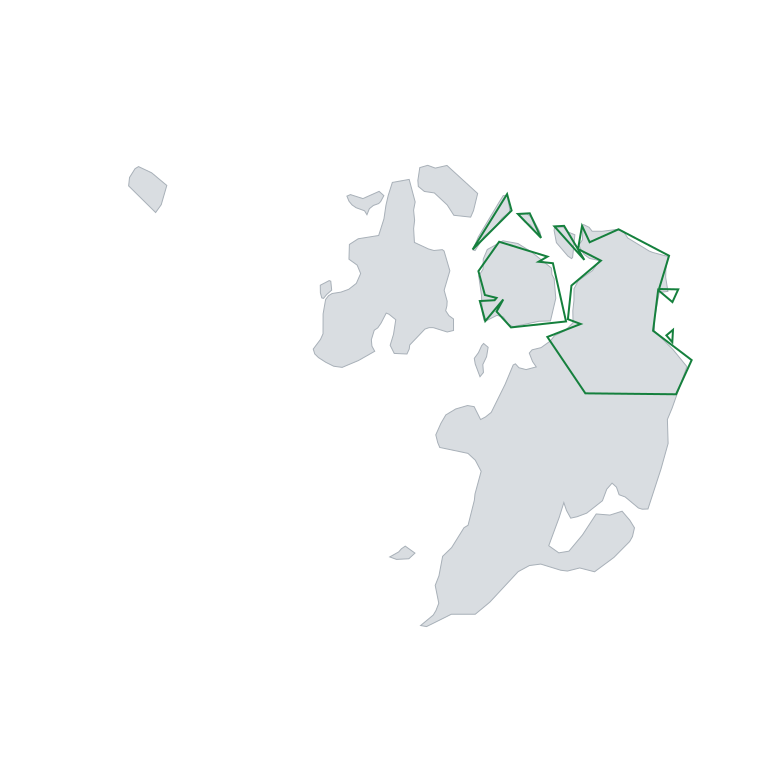 location of Syddanmark within Denmark, rotated 193°
{"feature_id": "DNK-3417", "entity_name": "Syddanmark", "entity_type": "Region", "adm_level": 1, "iso_a3": "DNK", "parent_name": "Denmark", "parent_adm1": "", "projection": "albers", "projection_center": [9.703, 55.339], "detail": "coarse", "context": "in_parent", "style": "outline", "palette": "green", "viewbox_px": 768, "rotation_deg": 193, "n_neighbors": 0, "source": "natural_earth", "source_scale": "10m", "svg_char_len": 4400}
<svg xmlns="http://www.w3.org/2000/svg" viewBox="0 0 768 768"><g transform="rotate(193 384 384)"><path d="M226.0,584.1L224.8,584.1L219.4,582.8L215.6,579.7L205.7,581.9L192.4,586.8L185.1,586.5L179.3,581.1L155.5,573.2L151.6,572.6L135.9,572.1L135.3,559.9L133.5,551.2L128.2,538.1L136.4,535.1L135.2,509.7L132.5,496.5L110.2,482.6L92.8,469.1L97.9,425.0L99.9,413.2L93.8,390.0L95.0,363.4L98.7,321.6L104.2,320.1L108.2,320.4L123.6,328.2L130.0,329.0L134.3,335.8L139.5,338.7L143.3,331.6L144.9,319.4L157.4,303.8L166.0,298.1L171.9,295.3L177.7,301.8L182.1,308.9L183.3,293.3L187.1,263.5L175.7,258.8L166.2,262.7L156.7,281.5L148.0,305.1L134.4,307.1L123.4,313.6L113.8,306.5L107.6,300.2L107.6,291.2L109.2,285.8L121.0,266.7L136.6,248.4L151.9,248.8L163.2,243.0L169.9,242.3L190.8,243.8L201.5,239.8L211.1,231.3L231.8,195.3L243.3,180.2L266.6,174.8L288.0,157.2L294.0,156.9L284.0,170.0L282.4,175.0L281.3,182.7L288.8,199.3L287.3,209.4L288.1,229.3L281.3,239.8L273.7,262.0L270.3,265.3L269.8,291.1L270.6,297.3L269.7,320.8L277.9,330.3L286.6,335.3L315.4,334.7L318.4,338.9L322.1,346.1L319.7,358.5L316.8,367.8L308.5,375.8L297.8,381.8L291.1,382.2L281.9,371.1L277.6,374.8L273.1,380.5L265.9,411.0L262.4,431.6L260.5,433.2L256.2,430.2L248.8,430.0L239.5,434.9L244.3,439.3L249.4,446.8L247.4,450.6L239.1,454.8L231.8,463.1L228.7,469.4L219.5,476.8L213.6,486.2L216.5,497.9L217.7,508.1L220.3,519.5L217.9,528.5L206.3,541.5L202.0,552.7L212.0,552.6L218.1,555.2L221.7,558.5L225.4,563.2L223.1,569.0L226.0,584.1ZM459.1,438.6L459.9,453.2L457.9,457.6L454.9,460.5L446.7,463.8L439.7,468.3L433.6,475.8L431.6,486.4L436.9,493.8L446.2,497.7L449.1,512.2L441.8,519.7L422.6,527.5L421.2,544.9L422.3,558.5L422.3,568.5L421.2,582.3L405.5,589.0L394.6,568.4L394.3,560.1L391.0,550.4L390.1,542.1L386.2,528.8L371.2,525.6L365.4,525.3L357.4,528.0L355.4,527.1L345.3,509.1L346.5,488.9L341.1,478.9L340.3,474.3L340.4,469.3L336.1,465.2L330.9,463.0L328.3,451.8L334.1,448.9L348.5,450.0L352.7,449.1L356.5,446.7L367.7,427.8L367.3,423.7L368.4,418.4L380.9,416.1L386.7,423.1L385.9,434.6L387.0,449.3L394.8,453.1L397.8,453.6L400.6,442.6L402.7,437.3L405.6,434.2L406.3,424.3L404.3,418.2L400.4,413.8L414.2,401.1L428.5,390.8L437.0,390.0L445.7,392.1L453.8,395.0L458.2,397.7L460.8,402.1L455.9,413.2L454.7,419.2L459.1,438.6ZM300.9,468.6L304.5,476.2L309.0,492.5L316.0,510.6L313.3,518.3L315.4,528.0L313.6,538.3L300.3,550.3L285.1,551.0L269.2,545.5L246.9,534.6L245.0,528.4L241.9,524.9L235.9,506.1L236.0,482.9L247.1,480.0L271.2,468.8L276.8,470.5L282.7,476.1L289.4,476.3L299.1,468.2L300.9,468.6ZM362.7,572.7L377.9,581.5L388.0,580.7L395.0,584.2L396.8,590.0L397.8,602.9L390.6,606.9L382.6,605.9L371.8,611.1L335.6,590.7L335.8,573.1L337.1,566.1L353.9,564.1L362.7,572.7ZM675.0,537.8L672.1,540.6L657.9,537.5L640.3,528.6L641.4,508.6L645.1,499.7L677.4,519.6L678.4,528.0L675.0,537.8ZM310.2,594.4L306.4,595.3L301.2,583.5L300.5,579.8L306.3,572.1L310.1,563.4L319.8,550.1L325.3,534.5L327.5,534.7L325.2,548.5L312.7,587.2L310.2,594.4ZM253.1,575.1L244.4,577.2L239.9,573.7L231.6,572.3L228.7,549.7L229.5,548.4L233.6,550.0L247.8,560.5L252.8,571.9L253.1,575.1ZM462.4,558.7L459.3,561.0L446.3,559.9L432.1,570.6L426.5,567.5L428.3,561.0L429.8,558.6L434.5,555.6L437.7,551.5L438.7,545.1L441.9,548.4L450.9,549.5L455.4,551.3L459.2,554.2L462.4,558.7ZM297.5,443.2L296.1,445.9L290.8,443.2L290.2,433.7L292.1,425.2L289.7,417.6L292.1,412.7L299.6,424.0L301.8,429.3L299.0,435.8L297.5,443.2ZM330.0,227.3L326.8,230.8L315.8,226.2L320.5,219.3L332.4,215.9L339.5,216.8L331.9,223.7L330.0,227.3ZM288.9,580.5L283.2,582.1L276.7,579.0L266.1,567.0L264.7,563.8L270.3,565.8L277.2,572.1L282.8,573.3L290.6,578.6L288.9,580.5ZM468.3,465.9L460.7,472.4L459.0,472.2L456.1,463.7L460.0,458.3L462.2,453.8L464.0,453.9L466.5,458.6L468.3,465.9Z" fill="#d9dde1" stroke="#a8b0b8" stroke-width="1"/><path d="M190.3,587.5L135.1,573.1L137.4,538.4L118.6,542.4L121.4,528.7L138.0,537.2L133.8,496.4L89.6,476.5L97.1,439.7L185.7,420.2L235.4,466.6L205.9,486.7L219.4,488.5L223.5,522.1L200.4,553.0L225.3,559.2L226.6,582.6L215.5,568.4L190.3,587.5ZM303.8,548.5L253.4,544.9L260.9,537.9L246.6,539.7L220.7,485.9L273.0,467.7L290.6,479.9L286.8,493.2L299.5,468.1L309.3,486.4L295.1,490.5L293.7,493.2L305.7,493.4L317.4,515.2L303.8,548.5ZM216.7,550.0L253.4,575.9L244.1,578.6L216.7,550.0ZM298.7,581.7L327.9,535.0L306.8,596.7L298.7,581.7ZM263.8,561.7L291.8,579.8L280.4,583.1L263.8,561.7ZM119.8,494.9L114.6,501.8L112.5,489.6L119.8,494.9Z" fill="none" stroke="#15803d" stroke-width="2"/></g></svg>